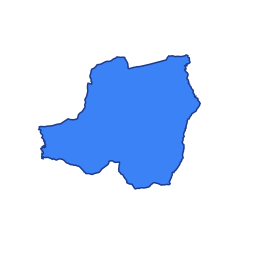 Iguatemi, Mato Grosso do Sul, Brazil (Mercator projection), rotated 238°
{"feature_id": "56859067B32573780362685", "entity_name": "Iguatemi", "entity_type": "district", "adm_level": 2, "iso_a3": "BRA", "parent_name": "Brazil", "parent_adm1": "Mato Grosso do Sul", "projection": "mercator", "projection_center": [-54.542, -23.417], "detail": "fine", "context": "isolated", "style": "filled", "palette": "blue", "viewbox_px": 256, "rotation_deg": 238, "n_neighbors": 0, "source": "geoboundaries", "source_scale": "gbopen_adm2", "svg_char_len": 5850}
<svg xmlns="http://www.w3.org/2000/svg" viewBox="0 0 256 256"><g transform="rotate(238 128 128)"><path d="M73.1,158.3L73.6,159.0L74.8,159.4L75.8,159.6L76.3,160.0L77.7,161.2L79.1,162.9L80.3,163.7L80.7,164.5L81.3,164.6L81.8,165.2L82.9,165.7L83.8,166.4L84.7,166.4L85.7,166.1L87.1,166.3L87.5,167.0L88.0,167.5L88.4,168.1L90.0,169.3L90.6,169.6L90.8,170.6L91.2,171.3L92.1,171.3L93.1,171.7L94.0,172.6L95.1,174.1L95.4,174.9L96.0,175.6L96.5,175.9L97.2,176.2L97.2,177.2L97.8,177.3L98.2,177.9L99.2,178.6L99.7,179.2L100.6,180.2L101.4,181.0L102.7,182.1L103.3,182.8L103.8,184.0L103.4,184.9L104.0,185.3L104.4,186.2L105.0,187.0L105.1,188.1L105.6,188.7L106.2,189.8L106.3,190.7L106.2,191.5L106.3,192.6L106.3,194.6L106.9,195.6L107.4,196.3L107.8,196.9L108.0,197.9L108.4,198.7L108.7,199.5L109.2,200.5L109.6,201.1L110.3,201.4L110.4,202.1L111.2,202.2L112.1,202.4L113.0,202.2L114.0,202.0L114.7,201.9L115.2,202.6L116.0,202.8L116.7,202.5L117.1,202.0L117.6,201.6L118.9,202.2L118.8,201.2L119.7,201.2L120.8,201.9L122.2,202.0L123.4,201.8L124.2,202.4L124.9,203.1L125.7,203.2L126.5,203.1L127.6,202.7L129.6,203.2L130.9,202.9L131.8,203.1L132.7,203.4L134.2,202.9L134.6,203.9L135.9,204.1L137.0,204.5L138.6,204.1L139.6,205.0L140.1,205.6L140.5,206.3L140.9,206.8L141.5,207.2L142.4,207.5L143.4,207.5L144.1,207.1L144.8,207.1L146.5,206.8L147.7,207.1L147.2,208.2L147.7,208.7L148.7,208.9L149.7,209.2L150.7,209.2L150.3,210.1L149.6,210.9L150.2,211.5L150.9,211.1L151.2,212.0L150.8,212.6L150.6,213.3L150.5,214.2L150.7,215.2L151.3,215.6L152.0,215.8L152.9,215.8L154.1,216.7L155.2,217.1L156.0,216.4L156.9,216.5L157.5,217.1L158.5,216.6L159.2,215.9L159.1,214.5L159.9,212.1L160.2,211.4L160.6,210.7L161.1,209.9L162.1,208.6L162.7,207.7L163.1,206.8L163.5,206.0L164.3,205.2L165.0,204.5L165.7,204.0L166.0,203.3L166.3,202.4L167.5,200.7L167.1,199.6L166.9,198.7L166.3,198.0L165.9,197.1L165.5,196.4L170.4,180.5L174.0,170.1L174.5,169.4L175.0,168.5L176.0,165.7L176.4,165.0L176.7,163.7L176.9,162.8L177.3,162.1L177.5,161.0L177.8,160.3L178.8,159.8L179.8,160.5L180.6,160.8L181.7,161.4L182.9,161.9L184.0,162.1L187.2,162.2L188.0,162.1L189.5,162.6L190.5,161.6L191.0,160.7L191.8,159.2L193.3,157.3L193.9,156.6L194.2,155.8L193.7,154.9L193.9,154.1L194.2,152.9L194.2,151.7L194.1,150.3L194.0,148.3L194.6,147.2L195.4,145.9L195.9,144.9L196.2,143.2L196.3,142.2L196.3,141.4L196.6,138.7L196.9,137.8L197.9,135.7L197.9,134.9L197.3,133.7L197.0,132.8L196.9,132.1L196.7,131.1L196.8,130.4L196.8,129.7L196.9,129.0L197.1,128.3L196.0,127.1L194.2,125.5L192.8,123.8L192.2,123.2L191.5,123.0L190.6,122.5L189.8,122.9L188.5,122.3L187.0,121.4L186.2,121.6L185.5,121.2L184.6,120.4L185.1,119.7L186.0,119.1L186.6,118.4L187.1,117.8L186.6,117.2L185.5,116.2L184.6,115.6L183.0,114.6L182.0,114.2L181.0,113.7L180.3,113.1L179.6,112.5L179.0,112.0L178.5,111.3L177.1,110.0L176.5,109.3L175.8,107.9L175.3,107.0L174.8,106.4L174.1,106.2L173.2,106.0L172.1,105.6L171.4,104.6L170.9,103.9L170.3,103.4L168.8,103.0L168.1,102.1L167.8,101.2L167.1,100.0L166.6,98.7L166.1,97.4L166.2,96.3L166.1,95.2L166.0,94.3L165.6,93.4L164.9,92.3L163.9,91.4L163.1,90.6L162.7,89.9L163.1,88.4L163.6,86.7L164.1,85.8L165.2,84.3L165.7,83.5L166.6,82.8L167.5,82.1L167.3,72.7L167.9,71.8L168.6,70.1L169.1,68.7L169.6,66.5L170.1,65.1L170.4,64.2L171.5,62.0L172.1,61.0L172.5,60.0L172.9,58.9L173.3,58.0L173.7,57.4L174.1,56.7L174.6,56.1L175.2,55.3L175.8,54.2L175.9,53.2L174.8,52.9L174.4,52.1L174.0,51.5L173.4,52.0L172.9,52.8L172.3,53.1L171.1,51.6L170.4,51.4L169.7,51.2L169.0,51.4L167.9,51.7L166.8,51.7L166.0,50.9L165.6,49.8L164.5,50.0L163.7,50.5L163.1,50.5L162.3,50.0L161.3,49.7L160.9,50.5L160.2,50.2L159.6,49.3L158.5,49.4L157.5,49.2L157.7,48.2L157.6,47.3L157.5,46.0L157.0,46.9L156.4,48.0L155.7,48.1L155.5,47.0L156.4,46.1L156.5,44.9L156.7,43.2L156.0,43.0L155.3,43.1L154.5,43.4L153.9,42.9L153.1,43.1L152.4,43.4L151.9,43.1L151.2,42.5L151.5,41.8L152.0,41.5L151.2,40.9L150.1,40.4L149.4,39.6L148.6,39.4L148.1,38.9L147.5,39.1L147.0,39.8L147.9,40.1L148.2,41.1L147.4,41.4L146.9,42.0L146.5,42.7L146.0,43.6L145.5,44.6L143.8,45.9L142.2,46.9L141.4,47.4L141.5,48.3L139.8,49.6L138.9,50.1L138.6,51.1L138.5,52.3L138.1,53.6L137.6,54.4L136.9,54.8L136.0,55.9L135.1,56.3L134.2,56.7L133.4,56.9L131.8,57.1L130.7,57.6L129.8,58.5L128.0,59.5L127.2,60.1L126.6,61.1L125.9,61.8L125.1,62.4L123.9,64.1L122.9,64.7L122.3,65.3L121.7,65.9L121.0,66.3L120.4,66.5L119.6,66.7L118.3,66.9L117.4,67.1L115.5,67.5L114.7,67.5L114.0,67.5L113.4,68.0L112.5,68.1L111.7,68.2L111.2,68.8L110.8,69.5L110.5,70.1L110.1,70.7L109.5,71.2L108.2,72.3L107.7,73.0L107.3,73.7L107.4,74.6L107.0,76.0L106.7,76.8L106.5,77.7L106.2,78.6L105.8,79.4L105.8,80.2L106.0,81.1L106.1,81.8L106.7,83.0L107.1,84.2L107.6,90.8L107.8,91.9L108.5,93.0L109.0,93.5L109.8,94.4L109.2,96.1L108.6,97.1L107.7,97.8L106.8,98.1L106.0,98.5L105.4,99.3L105.1,100.0L104.7,100.8L104.2,101.6L103.6,102.6L102.8,102.3L102.0,101.7L101.5,101.3L101.1,100.7L100.6,100.3L100.0,100.0L98.7,98.9L98.0,98.2L97.0,97.8L96.2,97.3L94.3,97.7L92.8,97.7L91.9,98.2L91.3,98.7L90.4,98.8L89.4,98.7L88.4,98.7L87.8,98.6L87.1,98.7L85.9,99.0L84.3,98.9L83.4,98.8L82.9,98.4L82.2,98.1L81.5,98.4L80.8,98.9L80.2,99.3L79.4,99.9L78.8,100.8L78.3,101.5L76.0,101.6L74.5,101.6L73.5,101.6L72.5,101.9L72.2,102.9L71.9,104.2L71.3,104.7L70.9,105.4L70.6,106.6L70.3,107.6L70.0,108.1L69.3,108.9L68.7,109.8L68.0,111.3L67.7,112.3L67.2,113.6L67.0,114.8L67.2,115.9L67.8,117.6L67.8,118.5L68.0,119.6L68.0,120.7L67.6,121.5L67.1,122.1L66.4,122.5L65.7,123.4L64.9,124.1L64.0,124.7L62.5,125.6L61.8,126.2L61.6,127.2L61.0,127.8L60.6,128.6L60.1,129.7L59.8,130.8L58.5,132.3L58.1,133.3L58.4,134.2L60.1,134.4L60.8,134.9L61.2,135.9L61.8,136.6L62.4,137.3L62.7,138.2L63.4,138.8L64.1,139.6L64.6,140.5L66.5,141.6L66.6,142.5L65.9,143.2L66.4,143.9L66.8,144.6L66.7,145.7L67.1,146.4L67.3,147.1L67.8,148.5L68.8,150.5L69.6,152.4L70.0,153.0L71.1,153.9L71.1,154.7L71.6,155.5L71.8,156.2L72.5,156.4L72.9,157.0L73.1,158.3Z" fill="#3b82f6" stroke="#1e3a8a" stroke-width="1.5"/></g></svg>